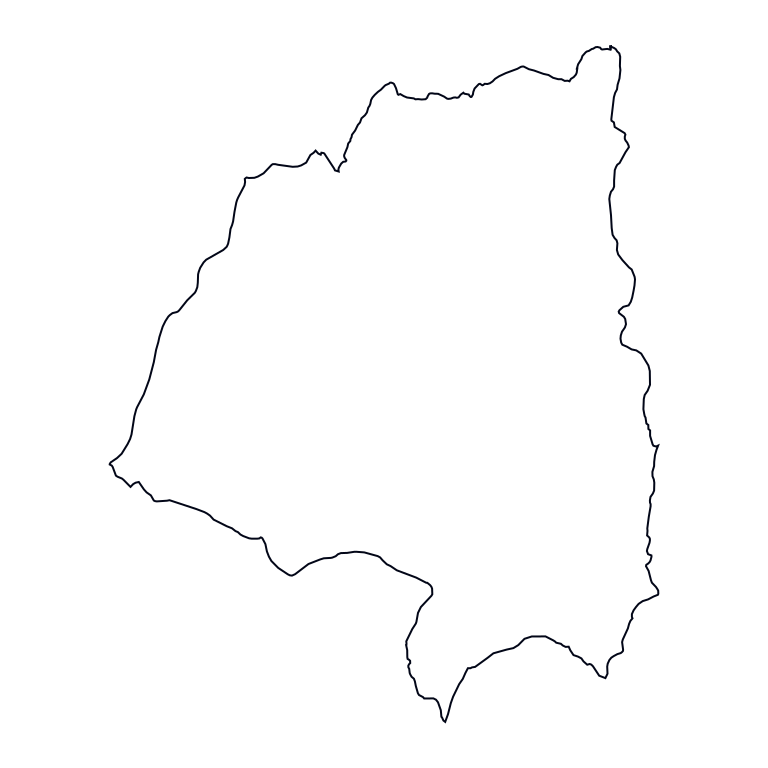 the district of Buenavista, Boyacá, Colombia
{"feature_id": "7082276B74046727222387", "entity_name": "Buenavista", "entity_type": "district", "adm_level": 2, "iso_a3": "COL", "parent_name": "Colombia", "parent_adm1": "Boyacá", "projection": "natural_earth1", "projection_center": [-73.954, 5.487], "detail": "fine", "context": "isolated", "style": "outline", "palette": "ink", "viewbox_px": 768, "rotation_deg": 0, "n_neighbors": 0, "source": "geoboundaries", "source_scale": "gbopen_adm2", "svg_char_len": 6017}
<svg xmlns="http://www.w3.org/2000/svg" viewBox="0 0 768 768"><path d="M445.2,721.9L448.0,714.2L450.8,703.2L453.1,696.7L459.2,684.1L462.8,678.9L465.4,673.0L467.9,668.2L470.5,668.2L472.0,667.4L475.1,666.9L487.5,657.9L493.4,653.3L506.6,649.6L513.4,648.1L518.3,645.1L524.5,638.8L531.7,636.5L545.5,636.4L553.3,640.4L555.0,641.5L556.2,642.7L560.9,643.8L562.8,645.5L565.6,646.9L568.7,646.7L570.3,650.3L573.5,655.1L578.0,656.6L581.4,658.4L583.5,661.4L587.2,664.7L589.7,664.0L591.3,664.6L593.0,666.3L599.2,675.7L605.4,678.1L607.5,673.7L607.2,666.6L607.7,663.7L609.4,660.0L611.3,657.7L613.7,656.1L617.4,654.1L620.7,653.1L622.1,652.0L623.0,650.9L623.1,649.7L622.1,642.1L622.8,639.5L627.9,628.4L629.1,623.9L630.4,620.9L632.5,618.3L631.9,617.0L631.9,614.1L633.6,610.3L636.0,607.0L638.6,603.9L642.7,601.1L648.1,599.4L653.6,596.5L657.9,594.8L658.3,593.8L658.2,590.6L657.3,589.0L656.0,587.0L651.9,582.7L651.0,580.3L648.6,570.9L646.0,566.2L646.3,564.8L648.1,563.6L649.6,562.1L650.5,560.5L651.5,556.7L651.4,555.4L648.1,554.2L646.9,551.0L647.3,549.0L649.5,542.8L649.9,540.6L649.9,538.9L649.3,537.5L647.1,535.5L647.5,530.9L647.3,528.4L648.8,516.8L650.6,506.3L650.6,504.1L650.0,502.6L649.9,500.4L650.5,496.9L652.9,493.5L654.1,490.6L654.3,482.7L653.8,479.4L652.5,476.2L652.4,471.9L654.1,466.1L654.2,461.8L655.0,455.1L656.5,449.8L658.1,445.6L656.2,446.5L654.6,446.1L653.4,445.7L652.6,444.3L650.1,435.9L650.1,430.4L648.4,429.0L648.3,425.0L646.4,423.5L645.5,417.5L644.7,416.1L644.2,413.8L643.4,409.2L643.8,399.0L644.7,395.0L647.6,390.8L650.0,384.8L649.8,371.0L648.4,365.5L641.2,353.6L636.3,350.4L631.6,349.4L627.0,346.7L622.3,344.7L621.2,342.6L620.5,338.7L620.8,335.5L622.0,331.7L624.9,327.5L626.0,324.2L625.2,319.0L623.9,316.8L619.1,313.1L618.7,311.6L619.5,310.2L623.3,306.8L628.6,305.4L630.8,301.8L632.2,297.5L633.6,290.6L634.5,285.4L635.0,279.4L634.6,276.8L631.7,269.5L629.0,267.4L622.4,260.1L618.2,254.5L616.9,250.0L617.4,243.3L616.6,240.3L614.5,238.0L612.6,234.8L611.7,228.1L611.0,215.2L609.3,199.0L609.8,195.6L611.0,191.7L613.0,189.3L614.1,186.6L614.1,180.4L614.8,170.1L616.1,166.8L617.3,164.7L619.6,163.0L625.5,152.2L628.9,147.2L628.6,145.6L627.2,142.6L625.6,140.6L624.8,138.8L624.8,136.6L625.4,134.6L624.6,133.1L614.7,127.0L613.9,122.4L611.5,120.7L611.3,119.3L613.9,97.2L615.1,93.0L617.0,89.4L617.6,84.8L619.5,78.4L620.4,70.0L619.9,66.0L620.2,56.8L619.3,53.4L617.2,51.4L615.9,49.3L614.3,48.1L611.0,46.6L611.0,46.1L610.1,46.2L610.1,47.4L610.9,48.9L610.6,49.7L607.3,48.9L602.1,49.5L601.2,49.1L600.2,47.7L597.5,47.0L595.6,47.2L593.2,48.7L591.8,49.0L588.9,50.9L586.8,51.5L585.7,52.3L582.4,56.0L581.4,59.1L578.1,64.3L576.9,68.5L577.3,68.5L576.7,72.7L575.9,74.6L573.7,77.1L570.9,78.9L569.5,81.3L567.7,80.7L564.7,80.9L561.5,79.2L558.2,79.2L553.1,77.8L548.5,75.0L543.5,73.9L534.0,70.5L528.9,69.2L523.6,66.5L522.3,66.5L520.8,66.9L517.4,68.8L505.8,73.1L499.2,76.2L495.1,78.8L492.6,81.4L489.8,83.3L487.4,84.0L484.7,83.8L483.2,85.0L482.3,85.3L480.0,83.8L478.8,84.1L474.6,88.5L473.3,91.9L472.9,94.5L471.5,96.9L470.8,97.0L469.8,96.2L468.7,94.5L464.3,93.7L463.4,92.7L460.6,94.7L458.6,97.4L456.9,97.8L455.2,97.4L453.4,97.6L450.8,98.6L448.3,98.9L447.0,98.6L444.1,96.6L438.1,93.8L434.6,93.7L432.1,93.3L430.1,93.4L429.0,94.0L427.5,96.6L427.2,97.7L425.6,99.2L421.7,99.5L418.1,99.1L415.4,99.3L413.8,98.4L407.0,97.5L403.7,96.1L400.3,94.1L398.4,94.8L397.8,94.3L396.0,88.2L394.0,84.0L392.9,83.2L391.1,82.6L390.0,82.7L388.9,83.7L385.6,85.1L384.7,85.8L380.9,89.7L377.9,91.9L374.8,94.8L372.4,97.6L371.1,100.0L370.3,103.9L369.5,105.9L368.3,107.6L366.9,112.5L365.0,115.2L361.5,118.3L360.0,122.5L357.9,124.9L355.1,130.6L352.0,134.7L351.5,137.3L350.5,139.1L350.3,141.0L348.2,143.5L347.4,147.2L344.2,154.9L344.1,156.0L344.6,157.7L346.3,160.1L346.3,160.7L345.6,161.5L343.2,161.8L341.2,163.6L338.9,167.6L338.4,169.5L338.7,171.5L335.0,170.4L334.1,168.5L324.3,153.5L323.6,153.1L321.4,152.7L320.7,154.7L318.3,153.6L315.6,150.6L313.6,152.8L310.4,155.0L306.2,162.6L301.2,165.4L297.7,166.5L292.7,166.8L278.1,164.8L275.1,164.1L272.9,164.1L271.7,164.8L263.6,173.3L257.8,176.6L254.4,177.8L248.8,178.0L246.6,177.5L246.1,177.8L244.8,178.9L245.1,182.0L244.5,185.4L238.2,197.4L237.1,199.9L236.3,202.5L234.5,211.8L233.1,221.4L232.1,225.0L230.5,229.0L229.4,237.4L228.1,243.7L227.3,245.6L226.6,246.9L223.2,250.0L206.2,259.7L203.6,262.4L200.2,267.8L198.7,271.9L198.1,274.3L197.8,282.8L197.3,287.2L195.9,290.9L194.9,292.7L187.2,300.3L179.3,310.2L178.1,311.4L176.7,312.1L172.5,313.1L169.8,315.1L168.3,316.6L165.4,321.1L162.7,326.6L159.4,337.0L158.3,342.1L156.1,349.8L153.8,362.2L149.3,379.4L143.8,394.4L137.1,407.2L136.2,409.4L134.4,416.2L131.5,434.5L130.1,439.0L127.6,444.1L121.6,453.8L117.1,458.0L110.8,462.3L109.8,463.8L109.7,464.5L111.8,465.6L112.7,467.0L115.9,475.6L117.5,476.7L121.9,478.5L123.5,479.8L130.5,486.9L133.2,484.1L135.6,482.7L138.8,482.0L143.9,489.4L146.6,492.4L150.9,495.4L153.8,500.5L155.0,501.1L156.8,501.4L167.1,500.7L169.5,500.2L196.5,509.1L204.4,512.1L207.0,513.5L210.0,515.6L213.6,519.6L226.7,526.2L232.0,528.3L235.5,531.1L237.9,532.1L240.4,534.5L243.1,536.0L249.1,538.3L251.9,538.7L257.1,538.7L259.4,538.4L260.7,537.4L261.7,537.7L262.5,538.5L265.4,544.1L266.9,551.4L268.9,556.6L271.4,561.0L278.2,567.9L287.8,574.3L289.8,575.3L292.0,575.6L295.1,574.2L308.5,564.0L320.0,559.5L323.8,558.3L330.8,557.9L332.3,557.6L335.7,556.2L338.0,554.2L340.9,553.1L347.2,552.9L354.3,551.8L356.6,551.8L364.3,552.4L377.7,556.1L380.1,557.4L382.6,560.3L386.8,564.3L390.6,566.1L396.8,570.3L416.2,577.6L426.3,582.8L427.3,582.8L430.2,585.2L431.4,586.8L432.1,588.6L432.3,594.3L431.4,595.8L420.9,607.0L418.0,612.9L416.4,621.9L415.8,623.6L412.3,629.0L406.3,641.3L406.5,643.7L406.4,644.9L406.1,645.0L407.2,650.1L407.3,657.2L407.6,658.9L409.1,659.8L410.1,660.8L410.2,663.1L409.0,664.3L408.3,665.8L408.4,667.4L409.2,668.8L409.7,673.0L410.2,674.3L411.6,676.8L413.9,678.7L414.9,681.4L415.8,685.9L417.9,693.2L419.0,695.0L423.0,697.1L424.2,698.5L433.4,698.4L436.0,699.7L438.0,702.3L440.8,710.2L441.4,716.8L442.0,717.4L443.4,720.5L445.2,721.9Z" fill="none" stroke="#020617" stroke-width="2"/></svg>